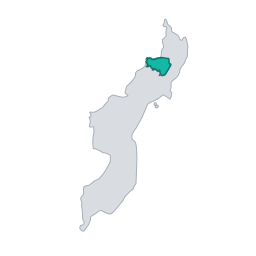 Rumphi, Rumphi, Malawi (highlighted), rotated 36°
{"feature_id": "42251766B19667920055188", "entity_name": "Rumphi", "entity_type": "district", "adm_level": 2, "iso_a3": "MWI", "parent_name": "Malawi", "parent_adm1": "Rumphi", "projection": "robinson", "projection_center": [33.745, -10.79], "detail": "fine", "context": "in_parent", "style": "filled", "palette": "teal", "viewbox_px": 256, "rotation_deg": 36, "n_neighbors": 0, "source": "geoboundaries", "source_scale": "gbopen_adm2", "svg_char_len": 6419}
<svg xmlns="http://www.w3.org/2000/svg" viewBox="0 0 256 256"><g transform="rotate(36 128 128)"><path d="M101.1,149.4L99.8,147.3L98.7,147.8L97.2,149.3L96.3,149.6L95.9,149.6L95.6,149.2L95.3,148.3L94.1,145.7L92.8,143.8L91.4,143.0L90.2,142.2L90.7,141.3L91.3,140.7L91.0,140.1L90.4,139.2L87.9,137.9L87.9,137.3L90.1,136.2L91.5,134.8L92.4,133.5L93.6,130.7L94.6,127.8L95.3,126.9L95.5,125.0L95.4,122.9L95.8,120.2L96.1,117.7L95.3,116.7L94.7,114.9L95.5,112.0L96.6,110.0L102.1,107.9L106.0,106.0L106.8,105.2L108.1,103.5L108.9,102.0L108.3,101.5L105.3,101.4L104.6,100.8L102.4,95.3L103.6,88.9L103.7,86.4L103.6,83.3L103.3,81.0L102.3,80.0L101.7,78.8L101.9,75.5L102.8,75.1L104.7,70.7L105.5,68.1L104.5,66.0L103.4,63.1L102.9,61.2L102.6,60.6L103.4,59.4L104.7,58.3L106.1,58.0L107.7,57.4L112.5,51.9L112.6,50.9L111.7,49.0L109.9,46.3L109.5,45.1L109.3,41.8L108.5,40.8L105.9,38.6L103.8,36.2L104.5,33.8L104.8,31.2L103.8,29.8L102.3,28.3L101.3,26.1L100.9,24.5L99.7,23.9L98.6,23.8L97.8,24.8L97.0,24.8L95.9,24.4L95.6,23.0L95.5,21.5L94.8,20.5L94.1,19.0L94.0,18.3L94.4,18.1L95.4,17.9L99.3,20.8L101.7,20.9L104.3,21.5L106.6,24.0L107.7,24.3L109.2,24.0L113.5,23.7L115.2,24.1L117.4,25.5L118.3,25.7L119.6,25.8L119.9,25.4L120.0,24.5L119.8,22.8L120.1,21.8L120.9,20.8L123.3,22.0L129.1,27.5L129.2,28.2L133.0,33.7L134.2,36.0L134.2,37.2L135.3,42.0L135.5,44.2L135.3,45.9L135.3,47.3L135.8,49.3L135.6,50.1L137.0,52.9L137.6,55.3L137.7,57.7L137.3,60.0L136.2,63.3L136.0,64.7L136.2,65.9L137.0,67.2L138.2,68.6L139.2,70.4L139.8,72.4L140.4,73.3L141.0,73.3L142.3,73.6L143.3,74.8L144.4,76.8L144.8,79.1L145.0,80.0L141.7,80.0L137.5,80.3L136.5,81.2L136.2,83.2L134.9,87.3L134.1,88.8L132.6,91.6L130.4,95.5L130.0,96.7L130.0,98.0L131.3,103.3L132.6,108.9L133.1,111.0L134.0,118.4L134.6,123.6L134.6,126.7L135.1,130.8L136.3,133.0L137.5,134.4L142.2,135.2L143.6,136.2L146.3,138.8L152.1,146.0L155.3,150.6L158.1,154.7L163.1,162.2L167.0,168.1L167.5,173.6L168.1,174.4L166.8,178.4L165.9,185.0L166.5,189.4L166.2,196.8L165.5,204.7L164.6,207.6L163.5,208.6L160.7,209.5L154.7,210.5L153.8,211.4L153.1,212.9L151.9,216.6L150.4,220.3L150.0,221.8L150.2,222.2L151.5,224.1L152.8,228.9L153.0,237.1L152.6,237.7L150.8,238.1L148.9,238.0L148.1,237.5L147.4,236.6L146.9,234.8L148.1,233.6L148.6,231.5L147.8,229.6L146.2,229.2L144.2,227.5L139.8,222.0L136.2,218.2L134.1,215.0L132.0,213.7L131.3,212.9L130.8,211.6L130.8,209.6L131.0,208.2L130.3,206.6L128.2,204.1L127.2,202.7L127.1,201.0L128.0,199.4L129.9,197.5L131.3,193.6L131.8,191.0L134.5,185.9L134.8,181.4L134.9,177.9L134.7,175.2L134.1,169.8L133.6,166.0L130.4,161.1L129.3,160.6L126.2,161.0L123.5,161.8L122.2,162.8L120.3,162.8L115.1,163.7L113.4,164.1L112.5,165.0L112.0,165.1L108.7,161.3L105.8,157.2L102.2,150.2L101.1,149.4ZM139.0,95.2L138.1,95.4L137.6,94.9L137.7,93.4L138.0,92.3L138.9,92.1L139.5,92.4L139.9,92.9L139.9,93.7L139.7,94.6L139.0,95.2ZM137.1,92.4L136.6,94.0L135.5,93.9L134.6,92.6L134.9,91.5L135.8,91.2L136.6,91.6L137.1,92.4Z" fill="#d9dde1" stroke="#a8b0b8" stroke-width="1"/><path d="M113.8,51.2L113.7,51.4L113.7,51.5L113.5,51.8L113.4,52.0L113.2,52.0L113.2,52.3L112.9,52.4L112.9,52.5L112.7,52.7L112.5,52.8L112.4,52.7L112.2,52.8L112.2,53.0L112.0,53.3L111.9,53.3L111.8,53.5L111.5,53.8L111.4,54.0L111.3,53.8L111.2,53.7L111.0,53.8L110.9,53.9L110.9,54.0L110.8,54.3L110.7,54.4L110.6,54.5L110.0,55.4L110.0,55.6L109.8,55.8L109.6,56.0L109.5,55.9L109.4,55.9L109.4,56.0L109.5,56.1L109.3,56.2L109.3,56.3L109.3,56.7L109.3,56.8L109.2,56.8L109.0,57.1L108.9,57.1L108.7,57.1L108.4,57.5L107.9,57.7L107.9,57.8L107.7,58.0L107.6,58.3L107.3,58.5L107.0,58.5L106.9,58.4L106.6,58.3L106.5,58.2L106.2,58.2L105.9,58.0L105.7,58.1L105.3,58.5L105.0,58.6L104.9,58.6L104.6,58.6L104.5,58.4L104.4,58.4L104.1,58.8L104.1,59.2L104.0,59.3L104.0,59.5L103.8,59.7L103.6,59.9L103.4,59.9L103.3,60.0L103.2,60.1L103.2,59.9L103.1,59.7L102.9,59.7L102.7,59.7L102.1,60.4L102.1,60.5L102.3,60.7L102.3,60.9L102.3,61.0L102.4,60.9L102.5,60.7L102.8,60.9L102.9,60.7L103.0,60.7L103.1,60.9L103.1,61.1L103.3,61.3L103.5,61.5L103.6,61.8L103.8,61.9L103.8,62.1L103.8,62.6L103.7,62.9L103.7,63.2L103.5,63.3L103.5,63.5L103.8,63.7L103.8,63.9L104.2,63.9L104.3,63.9L104.5,64.0L104.8,64.3L105.0,64.3L105.3,64.2L105.4,64.3L105.5,64.3L105.6,64.7L105.7,64.8L105.8,64.9L105.9,65.0L106.0,64.9L106.3,64.6L106.5,64.6L106.8,64.7L107.0,64.8L107.0,65.0L106.9,65.2L106.9,65.3L106.9,65.5L107.0,65.6L106.9,65.7L107.0,65.9L107.0,66.0L107.0,66.4L107.0,66.6L106.9,66.7L106.8,66.9L106.8,67.1L106.7,67.3L106.9,67.4L107.0,67.3L107.3,67.2L107.5,67.0L108.1,66.7L108.5,65.8L109.0,65.2L109.1,64.9L109.2,64.7L109.3,64.6L109.7,64.4L109.8,64.4L110.0,64.8L111.4,65.7L111.5,65.7L111.8,65.6L112.3,65.4L112.7,65.4L112.8,65.5L113.1,65.6L113.2,66.0L113.3,66.2L113.5,66.5L113.7,66.4L114.0,66.4L114.2,66.2L114.3,66.3L114.4,66.2L114.5,66.1L114.5,65.9L114.5,65.7L114.6,65.4L114.4,65.1L114.3,64.9L114.3,64.7L114.5,64.7L114.8,64.6L114.7,64.6L114.8,64.5L114.7,64.4L114.8,64.3L115.2,64.4L115.2,64.5L115.3,64.4L115.6,64.2L115.7,64.3L115.8,64.4L115.9,64.2L116.0,64.2L116.3,64.2L116.5,64.3L116.8,64.4L117.0,64.4L117.3,64.4L117.6,64.3L117.6,64.5L117.8,64.6L118.0,64.5L118.3,64.5L118.5,64.5L118.8,64.6L118.9,64.4L118.9,64.5L119.0,64.5L119.0,64.4L119.1,64.1L119.2,63.9L119.2,63.7L119.3,63.5L119.4,63.3L119.4,63.2L119.5,62.9L119.5,62.7L119.8,62.7L119.9,62.8L120.0,62.8L120.2,63.0L120.3,63.3L120.5,63.5L120.7,63.8L120.8,63.8L121.1,63.9L121.2,64.0L121.4,64.3L121.5,64.4L121.7,64.6L121.9,64.7L122.0,64.9L122.1,65.0L122.3,65.2L122.4,65.3L122.3,65.7L122.5,66.4L122.6,66.2L122.8,66.0L122.9,65.8L123.1,65.8L123.3,65.8L123.3,65.7L123.5,65.7L123.8,65.7L124.2,65.7L124.4,65.6L124.5,65.4L124.8,65.2L124.9,65.3L125.0,65.1L125.3,65.1L125.5,64.9L125.6,64.7L125.7,64.4L125.9,63.9L125.9,63.7L126.0,63.5L126.1,63.4L126.3,63.5L126.5,63.5L126.6,63.4L126.5,63.1L126.5,62.8L126.5,62.7L126.6,62.4L126.5,62.0L126.6,61.9L126.6,61.7L126.6,61.4L126.5,61.2L126.5,60.9L126.5,60.5L126.4,60.3L126.5,60.2L126.4,60.0L126.3,59.6L126.4,59.3L126.4,59.1L126.2,58.8L126.2,58.7L126.2,58.2L126.3,58.1L126.3,57.9L126.3,57.7L126.2,57.5L126.2,57.4L126.2,57.2L126.3,56.8L126.3,56.6L126.4,56.4L126.3,56.2L126.0,55.6L125.8,55.5L125.7,55.2L125.8,54.8L125.9,54.4L125.8,54.2L125.8,53.9L125.9,53.7L126.0,53.3L125.9,52.9L125.7,52.6L125.5,52.4L125.4,52.1L125.3,51.9L125.5,51.7L125.3,51.5L125.2,51.4L124.9,51.3L124.8,51.2L124.6,51.3L124.0,51.7L123.8,51.6L123.6,51.6L123.4,51.5L123.3,51.4L123.1,51.3L123.0,51.2L122.8,50.9L122.6,50.6L120.1,47.9L118.0,49.1L113.8,51.2Z" fill="#14b8a6" stroke="#0f766e" stroke-width="1.5"/></g></svg>